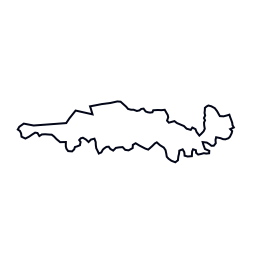 Marques de Souza, Rio Grande do Sul, Brazil, rotated 132°
{"feature_id": "56859067B72834740004607", "entity_name": "Marques de Souza", "entity_type": "district", "adm_level": 2, "iso_a3": "BRA", "parent_name": "Brazil", "parent_adm1": "Rio Grande do Sul", "projection": "orthographic", "projection_center": [-52.156, -29.297], "detail": "fine", "context": "isolated", "style": "outline", "palette": "ink", "viewbox_px": 256, "rotation_deg": 132, "n_neighbors": 0, "source": "geoboundaries", "source_scale": "gbopen_adm2", "svg_char_len": 2160}
<svg xmlns="http://www.w3.org/2000/svg" viewBox="0 0 256 256"><g transform="rotate(132 128 128)"><path d="M184.1,173.7L183.9,168.9L181.4,166.3L180.0,164.8L183.2,162.0L184.6,159.9L185.2,157.0L182.8,153.9L179.9,153.7L177.7,154.7L175.5,153.4L173.0,152.2L170.1,153.9L169.6,156.2L167.3,156.2L165.4,155.0L164.7,151.5L164.8,147.9L161.4,147.8L158.4,145.8L160.1,142.6L162.4,140.3L164.3,138.0L165.2,135.6L166.5,132.6L164.0,131.5L160.9,132.2L158.9,132.0L156.5,131.4L154.8,129.8L155.4,127.2L154.7,123.9L150.9,123.7L148.4,121.7L145.8,119.2L146.1,115.4L144.2,112.6L139.8,111.1L137.3,113.1L134.2,112.1L133.4,107.8L131.7,101.3L130.5,98.5L125.3,97.9L121.5,97.7L119.4,97.0L119.4,92.9L118.6,88.3L119.4,85.2L121.6,82.2L123.4,80.0L123.7,77.4L123.3,73.8L121.8,69.9L118.6,69.3L115.5,71.5L112.9,72.9L110.5,74.7L107.3,73.1L108.3,70.0L110.7,67.4L109.2,64.5L106.2,61.7L102.6,64.6L100.3,65.4L99.1,62.7L100.9,60.7L100.8,58.1L98.5,56.4L96.0,54.8L94.6,52.7L92.5,50.8L90.6,52.3L92.1,56.7L90.0,60.8L88.5,63.1L86.1,59.7L85.6,57.0L85.4,54.1L83.8,52.4L80.6,52.6L78.3,55.0L75.9,56.3L73.6,52.4L72.7,49.9L71.3,48.1L68.4,46.5L66.3,46.4L62.7,47.4L60.6,48.5L60.4,51.3L56.8,49.7L56.0,52.2L54.5,53.9L53.2,56.2L51.5,59.5L50.3,61.6L53.0,63.2L55.4,64.8L57.7,67.7L56.8,70.4L55.9,73.0L55.2,76.8L56.1,80.6L57.5,83.3L59.4,84.0L61.6,84.3L63.5,82.7L65.6,81.2L67.1,79.0L69.8,78.2L70.7,75.9L73.0,75.2L75.2,73.0L77.2,70.4L79.9,69.6L83.5,69.7L85.9,69.9L85.1,74.3L83.7,77.1L84.6,80.5L87.4,80.1L89.3,84.0L89.1,87.7L91.6,95.0L91.8,98.1L94.3,99.7L96.7,101.2L96.4,103.9L93.1,105.3L91.8,107.1L91.0,109.6L89.9,112.9L92.3,115.0L94.6,117.8L97.9,121.1L100.0,120.4L101.8,121.9L103.1,123.9L103.9,126.0L103.2,129.4L105.0,130.9L107.3,131.3L109.4,132.8L110.7,136.1L112.4,138.0L113.8,140.7L113.4,143.6L113.4,146.9L113.4,151.1L115.4,153.7L121.3,157.9L127.8,163.5L133.0,167.4L137.3,170.7L138.6,168.4L141.6,163.5L150.1,178.6L160.0,178.0L165.7,177.2L189.3,199.8L194.5,208.4L199.8,209.6L202.9,208.9L202.5,206.4L203.5,203.9L205.7,201.3L204.5,197.2L200.6,195.7L196.8,194.8L193.6,193.9L192.3,191.9L193.3,188.5L190.4,187.7L188.1,185.4L185.4,181.9L184.0,180.2L183.8,177.3L184.1,173.7Z" fill="none" stroke="#020617" stroke-width="2"/></g></svg>